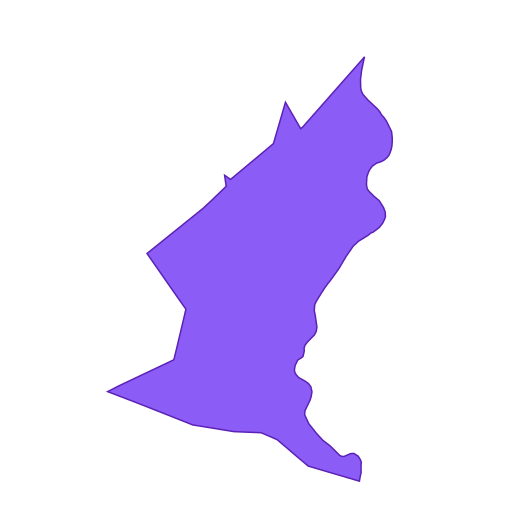 União, Piauí, Brazil (Natural Earth projection), rotated 187°
{"feature_id": "56859067B60196329024429", "entity_name": "União", "entity_type": "district", "adm_level": 2, "iso_a3": "BRA", "parent_name": "Brazil", "parent_adm1": "Piauí", "projection": "natural_earth1", "projection_center": [-42.867, -4.62], "detail": "fine", "context": "isolated", "style": "filled", "palette": "violet", "viewbox_px": 512, "rotation_deg": 187, "n_neighbors": 0, "source": "geoboundaries", "source_scale": "gbopen_adm2", "svg_char_len": 1692}
<svg xmlns="http://www.w3.org/2000/svg" viewBox="0 0 512 512"><g transform="rotate(187 256 256)"><path d="M172.5,466.9L225.5,389.5L227.2,387.9L231.6,393.7L245.5,412.2L252.4,369.7L258.6,363.0L290.6,328.9L297.0,332.3L294.1,321.5L307.9,304.5L311.5,300.3L314.1,297.1L364.5,245.2L327.4,203.8L319.1,194.7L320.4,182.4L323.4,155.6L324.9,143.0L376.3,110.4L386.7,103.3L356.2,95.7L326.8,88.1L301.2,81.4L298.1,80.6L256.4,79.0L229.5,81.2L227.6,80.7L212.7,76.3L204.0,70.6L192.3,62.8L178.5,53.8L125.9,45.1L125.8,48.2L125.3,54.0L126.2,60.5L126.3,63.8L127.3,66.1L130.1,69.7L134.8,72.0L138.0,71.4L144.3,67.7L146.6,67.6L148.6,68.3L158.9,76.3L167.3,81.3L174.2,87.2L183.1,95.9L188.3,104.2L188.6,108.2L184.7,119.7L184.1,123.3L183.9,128.0L185.6,132.9L188.4,135.8L192.0,137.8L198.7,140.5L201.7,143.1L203.1,144.9L204.0,147.6L203.8,152.1L201.9,157.8L198.5,160.5L197.1,162.0L196.5,167.5L197.0,170.4L196.5,173.4L194.3,177.1L188.4,184.8L187.0,188.5L186.9,193.0L189.9,204.1L191.5,208.9L191.8,214.7L190.8,217.9L188.8,222.4L186.4,227.6L185.0,230.4L183.8,232.9L181.5,237.1L179.7,239.9L175.7,247.1L172.2,253.5L166.5,266.6L160.6,277.8L156.0,283.2L147.2,290.3L144.7,292.9L142.7,293.9L137.0,299.5L134.3,304.0L132.9,308.0L132.3,310.9L133.1,315.3L135.3,319.6L140.4,325.9L146.4,329.8L151.9,334.1L153.9,336.4L155.1,340.6L155.6,348.1L154.8,351.9L154.0,354.9L151.6,359.3L147.7,362.8L143.5,364.8L140.8,366.6L138.2,369.3L136.4,372.1L135.6,374.6L134.8,378.2L134.5,381.9L134.7,386.1L135.2,390.1L136.6,396.0L142.9,405.7L145.6,408.8L148.6,411.4L150.1,413.5L152.9,416.4L164.1,424.6L169.8,429.7L171.2,432.0L172.1,434.1L172.7,436.4L173.8,444.3L173.8,452.9L172.9,463.8L172.5,466.9Z" fill="#8b5cf6" stroke="#5b21b6" stroke-width="1.5"/></g></svg>